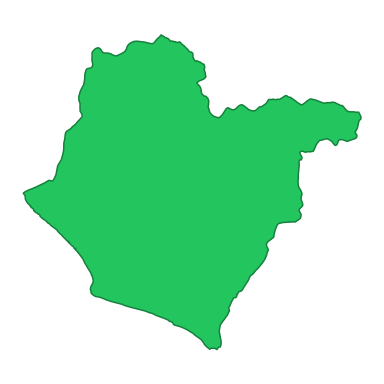 outline of Bengkulu Selatan, Bengkulu, Indonesia
{"feature_id": "22746128B78254403614329", "entity_name": "Bengkulu Selatan", "entity_type": "district", "adm_level": 2, "iso_a3": "IDN", "parent_name": "Indonesia", "parent_adm1": "Bengkulu", "projection": "robinson", "projection_center": [103.039, -4.359], "detail": "fine", "context": "isolated", "style": "filled", "palette": "green", "viewbox_px": 384, "rotation_deg": 0, "n_neighbors": 0, "source": "geoboundaries", "source_scale": "gbopen_adm2", "svg_char_len": 5832}
<svg xmlns="http://www.w3.org/2000/svg" viewBox="0 0 384 384"><path d="M286.6,95.6L285.3,95.8L283.6,96.6L282.3,98.0L281.6,98.1L280.4,98.7L279.8,99.4L277.3,99.2L275.4,99.8L274.7,99.5L273.9,99.5L273.2,99.1L272.2,99.5L268.8,99.5L268.4,99.8L266.5,103.0L265.3,104.1L263.1,105.6L262.0,106.6L260.6,106.6L259.2,107.1L257.1,109.1L255.3,110.5L254.7,110.8L252.3,110.9L248.6,109.6L247.5,108.5L245.4,107.0L244.5,106.2L242.3,104.8L240.9,104.9L239.1,105.6L235.5,108.9L233.9,109.8L232.6,109.8L230.4,109.1L229.3,108.3L228.0,107.8L226.6,108.3L226.2,108.8L222.1,115.0L219.5,117.5L219.2,117.7L217.2,117.5L213.7,116.2L211.8,114.8L210.2,112.9L209.6,111.8L208.8,108.6L208.1,106.9L208.4,105.5L208.6,103.8L208.8,101.1L208.4,100.0L208.3,99.2L207.9,98.5L206.2,96.5L205.4,96.2L204.2,96.0L202.0,94.1L201.4,92.5L201.2,90.2L200.6,87.9L199.6,86.0L197.6,84.1L197.1,82.4L199.0,81.1L203.7,79.1L204.1,78.6L205.1,77.9L205.6,77.3L205.8,76.5L205.5,75.2L205.3,73.4L204.9,71.8L204.1,69.5L204.5,68.8L204.7,67.4L204.5,65.9L203.9,64.2L202.6,63.9L201.9,63.5L200.6,62.3L200.0,62.0L199.4,62.0L198.6,61.5L197.8,61.3L197.1,60.9L195.2,60.9L194.5,60.2L193.6,58.7L192.8,56.4L192.9,55.4L192.9,53.7L192.8,53.4L191.5,52.1L190.0,51.9L189.2,51.4L188.0,49.9L187.9,49.6L184.6,46.5L184.4,46.1L182.5,44.7L179.6,41.8L178.5,42.3L176.9,42.4L175.9,42.1L175.9,41.8L176.1,41.8L173.9,41.6L172.5,41.1L170.4,41.1L169.1,39.5L168.3,38.9L168.0,38.5L167.1,38.3L166.3,37.8L165.3,37.6L163.1,36.0L162.6,36.1L161.6,35.2L161.2,34.5L161.3,34.9L160.8,35.2L159.3,37.2L157.2,38.9L154.1,42.7L153.0,43.5L152.3,43.7L151.0,43.6L143.9,42.0L137.9,41.3L136.5,41.2L134.2,41.4L131.5,42.4L129.3,43.8L128.0,45.2L127.4,46.1L126.3,49.3L124.4,51.9L121.3,53.7L116.4,55.9L114.5,55.6L112.4,54.8L110.8,53.8L107.7,53.0L104.0,53.0L102.7,52.3L102.1,51.7L100.8,49.5L99.8,48.5L98.7,47.9L97.2,47.9L95.6,48.6L94.6,49.4L93.2,50.9L92.5,51.7L92.3,52.2L92.0,53.2L92.1,55.7L91.9,60.3L92.7,63.7L92.6,65.7L92.0,66.9L91.3,67.6L90.3,68.1L87.4,68.6L86.7,69.1L86.1,70.0L85.1,73.2L84.9,74.3L84.7,78.4L84.2,82.2L84.1,82.3L83.6,85.0L81.8,88.1L80.5,90.7L78.8,96.4L78.9,100.5L80.1,103.5L80.0,106.3L80.1,111.2L81.5,113.4L81.8,114.2L82.2,115.9L82.0,116.9L80.7,118.4L77.2,122.1L75.8,123.9L74.9,124.8L72.4,126.7L70.7,128.7L66.7,131.2L65.7,132.6L65.2,134.7L64.8,138.7L63.8,143.3L63.8,147.3L63.6,150.4L62.9,154.0L61.3,159.8L60.7,160.6L57.7,165.7L56.2,173.5L55.9,174.9L54.4,178.2L53.1,180.4L52.5,180.9L52.0,180.9L49.2,180.4L48.5,180.5L44.7,182.9L42.2,184.0L37.2,186.5L30.9,189.2L29.3,189.7L25.2,191.7L23.3,193.1L23.0,192.8L25.0,195.6L25.3,197.0L25.3,199.0L26.8,202.0L28.9,204.5L29.8,205.1L29.9,205.7L30.3,205.8L31.0,206.7L31.0,207.4L31.5,207.4L31.8,207.9L32.2,208.0L32.9,208.7L33.3,208.8L33.8,210.7L34.6,211.0L34.7,211.6L35.9,212.6L36.6,212.7L37.4,213.3L37.6,213.8L38.5,214.1L39.3,214.6L40.0,215.5L40.1,216.3L41.1,217.3L43.4,219.2L44.8,220.0L46.2,221.1L47.4,222.6L48.8,223.6L50.0,224.2L50.9,225.5L56.9,229.9L57.6,231.1L59.5,233.2L61.5,234.8L62.1,235.8L67.8,241.5L67.9,241.1L68.2,241.3L68.4,241.9L69.2,242.1L69.0,242.9L69.3,243.0L72.2,246.0L73.5,246.9L74.3,248.5L74.8,248.9L75.1,248.6L76.3,248.3L75.2,249.0L75.3,249.5L76.6,251.0L76.9,251.0L77.9,251.9L77.8,252.4L79.3,254.1L82.9,258.9L84.5,262.4L88.6,269.4L90.3,272.0L91.6,274.8L91.6,275.4L91.9,275.5L92.2,276.1L93.0,279.3L93.2,280.6L93.2,282.1L90.7,287.1L90.5,288.3L90.4,289.7L91.1,291.3L91.0,292.7L92.1,294.3L95.3,296.4L98.2,296.9L101.5,297.8L106.5,299.9L111.2,301.5L122.0,304.3L124.8,305.5L129.7,307.0L145.5,311.1L149.7,312.8L152.3,313.4L156.1,315.4L164.3,318.4L168.2,320.1L169.4,321.3L170.9,321.6L172.5,322.5L173.5,324.4L174.6,325.1L179.4,326.4L182.8,327.7L186.7,329.5L193.7,333.8L194.9,335.2L199.5,338.3L201.1,339.6L203.2,342.2L204.4,344.4L206.7,346.8L209.7,349.2L211.6,348.2L215.1,348.4L216.9,349.5L218.7,347.2L220.3,346.9L221.0,344.8L221.2,341.9L219.2,331.1L220.3,324.8L227.3,315.2L229.5,310.6L228.7,307.8L229.9,305.7L231.4,302.1L233.7,297.8L235.9,297.6L237.0,295.7L236.7,294.7L237.6,294.0L238.8,291.8L241.0,291.1L242.4,289.9L243.8,287.3L248.4,280.3L249.8,276.8L250.4,275.9L253.4,273.5L255.3,271.0L257.9,268.4L262.3,263.1L264.8,259.4L266.3,255.9L266.9,254.1L267.1,252.5L268.0,251.0L268.3,249.7L267.4,247.6L266.6,246.1L266.5,244.0L267.4,242.2L273.7,237.2L274.3,233.4L275.0,230.5L276.7,226.1L277.6,224.4L278.1,223.9L279.2,223.4L283.1,222.5L292.5,221.9L295.5,221.9L300.3,218.4L300.6,217.7L301.0,216.0L301.1,214.6L300.9,213.9L299.2,211.0L299.2,209.6L299.4,209.1L302.2,206.3L302.6,205.7L302.8,204.5L302.6,203.6L301.0,199.1L301.3,196.4L301.7,195.4L302.0,193.8L301.3,191.6L300.4,189.7L299.2,188.0L298.8,187.1L298.3,185.3L298.0,181.2L298.3,178.7L298.3,174.6L299.2,165.3L299.0,161.7L299.4,160.4L299.8,160.1L301.2,159.8L302.0,158.3L301.8,156.8L300.1,153.9L299.9,153.3L300.0,152.6L300.3,151.9L301.0,151.4L301.5,151.2L302.7,151.3L305.2,152.2L306.3,152.1L307.8,151.7L310.3,151.8L313.2,151.3L314.4,149.2L315.9,145.5L316.9,143.7L319.2,140.8L319.5,140.7L319.9,140.3L321.2,140.2L326.4,138.8L327.5,139.0L329.4,139.8L331.7,141.4L334.1,144.4L335.2,145.4L335.6,145.4L336.7,144.8L337.2,144.1L338.5,140.7L339.0,140.1L341.1,139.5L343.6,140.0L347.0,141.4L347.4,141.3L355.3,138.5L356.2,137.8L356.7,137.1L356.9,136.4L356.9,135.3L356.8,134.9L355.2,132.7L355.8,130.9L357.3,128.4L359.0,120.9L359.3,120.4L360.4,119.5L360.8,119.1L360.9,117.6L361.0,116.8L358.7,112.2L355.7,112.2L354.3,111.9L350.4,111.8L349.0,111.7L347.2,111.0L344.7,108.4L343.5,106.7L342.1,105.5L341.3,105.7L338.2,104.3L334.8,102.6L333.3,102.2L332.6,102.2L330.5,102.5L330.3,102.7L326.8,102.6L325.7,103.1L325.2,102.9L323.7,103.2L316.1,100.2L313.6,99.5L313.1,99.6L311.8,99.0L310.5,99.0L309.6,99.3L306.3,101.6L304.9,102.9L303.4,103.9L302.6,104.6L302.2,104.5L301.6,104.8L300.4,104.6L299.9,104.0L298.4,103.2L294.5,100.2L293.7,99.7L292.5,98.7L291.8,98.4L290.9,97.5L290.6,97.5L289.7,97.2L289.0,97.3L287.8,96.7L286.6,95.6Z" fill="#22c55e" stroke="#15803d" stroke-width="1.5"/></svg>